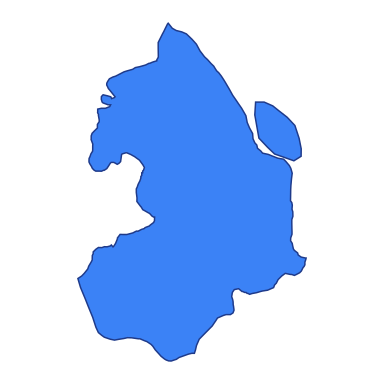 Al-Maragha, Suhaj, Egypt
{"feature_id": "37247803B96203293605859", "entity_name": "Al-Maragha", "entity_type": "district", "adm_level": 2, "iso_a3": "EGY", "parent_name": "Egypt", "parent_adm1": "Suhaj", "projection": "robinson", "projection_center": [31.569, 26.668], "detail": "fine", "context": "isolated", "style": "filled", "palette": "blue", "viewbox_px": 384, "rotation_deg": 0, "n_neighbors": 0, "source": "geoboundaries", "source_scale": "gbopen_adm2", "svg_char_len": 4281}
<svg xmlns="http://www.w3.org/2000/svg" viewBox="0 0 384 384"><path d="M306.1,258.1L305.8,258.1L305.4,258.0L301.2,257.1L298.2,255.0L297.6,252.9L296.2,251.8L294.3,250.3L293.4,248.9L292.7,245.9L292.2,243.3L290.6,240.8L290.7,237.9L291.7,235.1L292.0,234.2L292.0,231.7L291.9,228.6L291.8,223.3L291.8,222.8L291.8,219.6L292.9,216.3L292.8,211.8L292.0,209.2L292.3,205.2L291.8,202.6L290.5,200.8L290.6,196.0L290.7,189.4L290.9,185.5L291.5,178.8L292.2,173.2L290.8,168.3L289.3,165.5L285.9,161.5L283.6,159.2L277.9,158.2L272.2,156.0L268.3,154.4L265.0,153.7L262.5,153.1L260.9,151.1L260.1,150.4L257.5,148.3L256.8,145.0L254.8,142.8L253.0,138.7L252.6,133.5L249.6,128.1L247.2,122.5L245.9,115.7L241.6,108.2L238.8,104.2L236.3,100.5L232.7,95.3L229.1,88.8L225.1,82.0L224.1,80.4L224.0,80.2L221.4,76.2L218.7,72.7L216.7,70.9L214.9,68.1L213.7,66.1L211.0,63.5L207.7,59.8L204.5,56.8L200.0,50.9L196.4,44.2L192.2,39.5L186.4,33.9L181.8,31.9L176.2,30.5L172.3,28.3L170.7,26.3L168.3,23.3L168.2,23.2L167.5,24.0L165.2,28.6L163.8,31.5L162.5,33.9L158.2,42.5L158.2,48.2L158.3,54.5L158.3,57.2L156.8,59.9L156.8,60.8L153.2,61.9L151.6,62.5L149.9,63.3L149.0,63.3L145.6,65.0L139.6,66.7L135.3,67.6L132.7,69.3L126.7,71.0L124.1,71.8L115.5,76.2L112.9,77.0L109.4,78.8L107.7,81.4L106.8,83.2L106.7,85.0L107.6,86.8L108.4,88.6L109.2,89.5L115.1,96.8L114.2,97.7L111.6,98.6L110.8,96.8L107.4,95.8L103.1,94.8L102.5,95.4L101.4,96.6L101.3,99.3L102.1,102.0L103.0,102.9L108.1,104.8L110.6,104.8L109.7,106.6L105.4,108.3L101.2,108.3L97.7,109.1L97.7,111.8L97.6,112.7L98.5,114.5L98.4,115.4L99.2,119.9L99.2,121.7L97.4,124.4L97.4,128.0L94.7,130.6L93.0,132.4L92.1,133.3L91.2,135.9L91.2,138.6L91.1,139.5L92.8,144.1L92.7,145.9L92.7,148.5L92.7,149.4L92.6,151.2L90.9,153.9L90.0,156.6L89.1,158.4L89.0,160.2L89.0,162.0L89.8,163.8L91.5,166.5L92.3,168.3L94.0,170.1L95.7,171.1L97.4,171.1L99.1,171.1L101.6,171.2L103.4,170.3L104.2,170.3L106.8,168.6L108.6,165.9L110.3,163.2L111.2,162.4L113.8,162.4L115.5,163.3L117.2,164.3L118.9,163.4L120.6,161.6L121.6,154.5L122.2,153.9L125.9,152.8L126.8,152.8L131.0,154.6L132.7,155.6L134.4,156.5L139.5,160.2L142.8,164.7L144.4,167.5L143.5,170.2L142.7,171.0L142.6,172.8L141.8,172.8L141.7,175.5L140.9,176.4L140.8,178.2L139.9,180.9L139.1,182.4L138.7,183.2L138.1,184.4L137.2,187.1L136.3,188.9L136.3,192.5L137.0,197.9L136.9,201.5L140.3,206.0L141.1,206.9L142.8,209.7L144.5,210.6L147.8,212.5L149.5,213.4L150.4,214.3L152.0,216.1L153.7,217.1L154.6,217.1L154.6,217.7L154.5,218.9L154.5,220.7L153.6,222.5L150.2,225.1L149.3,226.0L146.1,227.2L145.0,227.7L144.1,228.6L141.5,229.4L139.8,230.3L138.1,231.2L136.4,231.1L134.6,232.0L132.9,232.9L126.9,234.5L123.0,234.5L120.1,234.4L117.4,238.0L117.4,238.9L115.6,243.3L113.9,246.0L113.0,246.9L111.3,245.0L110.4,245.9L109.0,246.3L107.0,246.8L104.4,246.7L101.9,247.6L98.4,247.5L95.8,249.3L93.2,251.9L93.2,253.7L92.3,255.5L92.2,260.0L91.3,261.8L88.7,266.2L87.8,268.9L84.3,273.3L81.7,276.0L77.9,278.5L78.9,282.0L80.5,287.4L85.4,299.2L88.6,307.3L92.7,317.3L95.9,327.2L98.4,332.6L101.8,335.4L104.3,337.2L110.2,339.2L114.5,340.1L118.8,339.3L123.9,338.5L127.3,337.7L131.6,337.8L138.4,338.8L140.0,338.8L144.4,340.7L146.9,341.6L151.1,344.4L152.8,346.2L155.3,349.9L158.6,353.5L161.1,356.3L164.5,359.0L166.2,360.0L168.7,360.9L171.3,361.0L173.9,360.1L176.4,359.3L179.0,357.5L188.5,354.1L191.9,353.3L194.4,353.3L195.5,349.9L196.5,345.5L199.2,339.2L203.5,334.8L209.6,328.6L212.2,326.0L214.0,323.3L215.8,320.7L217.5,318.0L223.5,315.4L225.4,314.8L226.1,314.6L230.4,314.6L233.0,312.9L233.4,311.8L234.0,310.3L233.9,309.0L233.8,308.4L233.5,306.0L233.2,304.8L233.1,302.1L233.0,301.2L232.6,299.3L231.7,296.7L231.8,295.8L232.0,294.9L232.2,293.3L232.5,292.2L234.3,289.6L235.2,289.4L238.6,288.7L242.0,291.5L242.8,291.5L244.5,292.4L246.2,292.5L247.1,293.4L247.9,293.4L249.6,294.3L252.2,293.5L256.5,292.7L260.9,291.4L262.5,291.0L267.6,290.2L273.6,287.6L274.6,284.9L276.3,283.2L277.2,281.4L278.1,279.6L281.6,276.1L285.2,273.4L285.9,273.5L290.1,274.4L291.8,274.5L294.4,275.4L296.1,274.6L299.6,272.8L301.3,271.1L303.1,267.5L304.0,266.6L304.9,264.8L304.9,262.1L305.8,259.5L306.1,258.1ZM283.2,157.0L293.9,160.8L301.1,156.3L301.2,148.8L299.1,138.3L294.9,125.5L287.1,117.2L278.5,110.5L272.8,105.9L264.2,102.1L255.6,102.1L254.8,114.9L258.9,138.1L267.5,147.2L274.6,154.0L283.2,157.0Z" fill="#3b82f6" stroke="#1e3a8a" stroke-width="1.5"/></svg>